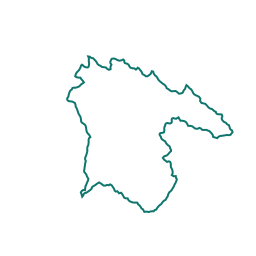 the district of Antônio Dias, Minas Gerais, Brazil, rotated 139°
{"feature_id": "56859067B34077113992648", "entity_name": "Antônio Dias", "entity_type": "district", "adm_level": 2, "iso_a3": "BRA", "parent_name": "Brazil", "parent_adm1": "Minas Gerais", "projection": "robinson", "projection_center": [-42.887, -19.578], "detail": "fine", "context": "isolated", "style": "outline", "palette": "teal", "viewbox_px": 256, "rotation_deg": 139, "n_neighbors": 0, "source": "geoboundaries", "source_scale": "gbopen_adm2", "svg_char_len": 4706}
<svg xmlns="http://www.w3.org/2000/svg" viewBox="0 0 256 256"><g transform="rotate(139 128 128)"><path d="M207.6,106.2L206.1,106.5L204.8,107.2L203.5,107.3L201.9,106.5L199.8,106.2L198.3,106.1L197.0,105.9L195.3,106.1L194.1,106.9L192.5,106.9L190.9,106.5L189.6,106.4L188.3,106.3L186.7,106.1L185.5,105.8L184.9,104.0L184.5,102.2L184.2,100.6L183.0,99.4L181.1,98.8L180.0,97.3L178.5,97.2L177.9,95.5L178.1,93.7L178.4,91.4L179.2,89.3L178.9,88.0L177.5,87.2L177.6,84.6L175.6,83.6L175.8,81.4L176.2,79.6L176.6,77.9L176.0,76.5L174.4,75.1L174.9,73.6L174.8,71.7L174.0,70.0L173.3,68.8L172.5,67.8L171.1,66.7L169.9,65.5L170.5,63.7L170.1,62.1L170.2,60.3L170.6,58.4L170.1,57.2L170.3,55.7L170.7,54.0L169.4,53.1L168.5,52.3L167.5,51.0L165.7,50.2L164.2,49.2L163.3,48.3L161.8,48.6L160.3,47.9L158.5,48.5L156.6,48.8L155.4,49.0L153.0,48.8L151.2,49.2L149.6,49.5L148.2,49.5L146.9,49.1L145.5,49.6L144.4,50.0L143.0,50.3L141.6,51.3L140.4,51.9L139.0,52.4L137.3,52.3L135.2,52.7L133.5,53.3L131.8,53.8L130.4,54.6L128.9,55.1L127.5,55.7L126.1,56.4L124.7,57.4L124.5,58.8L123.5,60.4L125.3,61.7L125.8,63.8L124.7,64.1L123.7,64.8L122.9,65.9L122.2,67.0L121.7,68.5L121.3,70.4L120.2,71.7L119.1,73.0L118.4,74.8L119.1,76.1L120.8,76.8L121.1,78.5L121.5,80.4L121.3,82.6L119.3,82.9L117.9,82.3L116.6,81.8L115.4,81.8L113.7,82.1L112.0,82.3L110.8,82.3L109.9,83.1L109.6,84.8L108.9,86.0L108.7,87.5L109.2,89.1L109.2,91.2L108.7,93.6L109.3,95.4L109.7,96.8L109.7,98.3L108.9,99.8L108.8,101.3L108.3,102.6L107.1,103.0L105.7,102.1L103.8,101.1L101.9,102.5L100.9,104.0L99.8,104.9L98.5,105.3L97.6,106.2L96.1,106.5L94.8,105.8L94.1,104.6L93.1,103.7L91.7,103.4L90.6,104.2L89.8,105.5L88.7,106.2L87.4,105.9L86.5,104.4L85.6,103.4L84.3,103.2L82.9,102.9L83.4,100.8L83.6,99.0L82.0,97.6L80.8,95.9L80.3,94.3L80.6,92.4L81.2,90.2L80.0,89.1L79.1,88.2L78.3,86.9L78.0,85.1L77.7,83.6L76.9,82.6L75.7,81.6L74.1,81.3L73.4,80.1L73.2,77.9L72.1,76.8L70.9,75.9L70.0,75.0L69.4,73.6L68.6,72.3L68.5,70.5L68.4,68.7L68.7,67.0L69.6,65.3L68.5,63.7L67.3,61.8L65.7,62.0L64.1,61.7L62.4,60.6L60.8,59.6L59.4,58.7L57.9,57.9L56.6,56.4L55.0,55.6L53.6,56.0L51.9,56.2L51.1,57.9L51.6,59.7L51.2,61.2L50.5,62.6L50.0,63.7L50.7,65.7L50.7,67.7L51.6,69.8L51.7,71.8L51.4,73.2L50.6,74.2L49.2,74.8L48.4,76.6L49.5,77.9L50.6,78.9L51.5,80.0L51.7,81.3L51.1,82.6L51.8,84.0L51.9,85.6L52.2,87.2L53.3,88.9L53.8,90.7L53.7,92.1L53.7,93.4L53.8,95.5L55.0,97.2L56.1,98.6L55.9,101.0L54.2,102.6L53.9,104.9L54.6,106.7L55.4,108.3L56.0,110.2L55.8,112.0L55.2,113.9L55.0,115.8L55.4,117.3L55.5,118.7L55.5,120.5L55.8,122.0L57.5,121.2L59.2,120.1L61.4,119.8L62.6,119.1L63.8,118.8L65.3,119.3L67.0,120.4L67.3,122.7L67.8,124.7L69.3,125.8L70.8,126.9L71.5,128.1L71.8,129.6L72.2,131.3L72.7,132.6L72.2,134.0L72.0,136.4L72.7,138.6L73.0,140.5L73.4,142.8L73.4,144.5L73.0,146.4L72.7,148.3L73.1,149.9L72.9,152.2L72.0,154.0L72.7,155.2L73.9,154.7L75.3,154.0L77.1,154.0L79.4,154.3L80.6,155.3L80.9,157.2L81.7,159.1L81.0,161.1L80.8,162.6L80.8,164.3L80.6,165.8L81.1,167.1L82.2,166.9L83.7,166.9L84.1,168.8L85.4,170.1L86.6,171.9L86.5,173.6L86.1,175.2L86.3,176.8L87.1,178.0L87.8,179.1L87.4,180.4L86.5,181.4L86.7,182.9L88.6,183.4L90.4,184.5L91.5,186.3L92.0,188.0L93.0,189.7L94.9,190.9L96.4,190.3L97.8,189.7L98.8,188.4L98.9,186.7L100.4,186.1L101.6,185.1L102.6,183.8L104.2,184.4L104.9,186.3L105.0,188.2L106.2,189.6L107.6,191.1L107.9,192.9L108.8,194.7L109.0,196.1L108.6,197.9L108.4,199.8L108.5,201.5L108.5,203.3L109.7,205.0L110.1,206.9L111.1,208.1L111.6,206.7L112.5,205.4L113.7,204.3L114.4,203.1L115.2,201.9L116.2,201.1L117.3,200.2L118.7,200.1L119.9,201.4L120.8,203.0L120.9,204.7L121.2,206.0L122.6,205.9L123.9,205.0L125.3,204.4L126.6,203.9L128.4,203.7L130.5,203.5L132.4,202.7L133.9,201.7L133.5,200.1L132.4,198.6L130.9,197.2L131.2,195.5L131.1,193.1L131.4,191.3L132.8,191.4L134.4,191.7L136.2,191.5L138.0,191.5L140.1,192.3L141.6,193.1L142.5,194.1L143.8,194.6L145.2,193.9L146.8,194.1L148.1,193.7L149.6,192.8L151.1,191.9L152.4,190.8L154.6,190.2L155.4,189.0L155.2,187.3L153.9,185.8L152.8,184.6L152.2,183.2L151.7,181.7L152.4,179.9L153.5,178.4L153.9,176.3L154.6,174.5L155.2,173.0L155.8,171.6L156.2,169.9L156.5,167.7L157.5,165.9L158.4,164.6L159.2,163.4L159.2,161.9L158.7,160.2L158.3,158.4L159.0,156.5L160.0,154.9L160.9,153.5L161.7,152.0L161.9,150.4L161.8,148.0L162.4,145.8L163.9,145.9L165.5,145.0L166.8,143.3L168.1,142.1L169.2,141.1L170.6,140.6L171.9,139.6L173.0,138.3L174.1,137.0L175.8,135.9L177.5,134.8L179.9,133.6L181.0,132.4L181.5,130.7L183.0,129.8L184.4,128.7L185.5,127.6L186.8,126.6L187.9,125.5L189.0,124.8L189.8,123.7L189.9,122.0L190.0,120.2L190.7,118.5L191.0,117.2L191.2,115.7L192.5,114.7L193.7,114.1L195.1,113.5L196.9,112.5L198.4,111.9L199.8,110.6L201.3,109.3L202.4,110.6L204.1,110.8L205.8,110.4L206.5,108.6L207.6,106.2Z" fill="none" stroke="#0f766e" stroke-width="2"/></g></svg>